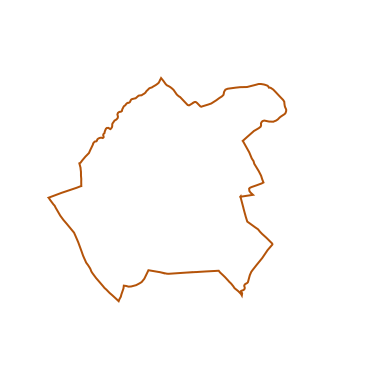 Babati UrbanBabati Urban, Manyara, United Republic of Tanzania (Albers equal-area conic projection), rotated 226°
{"feature_id": "72390352B90089128995390", "entity_name": "Babati UrbanBabati Urban", "entity_type": "district", "adm_level": 2, "iso_a3": "TZA", "parent_name": "United Republic of Tanzania", "parent_adm1": "Manyara", "projection": "albers", "projection_center": [35.755, -4.214], "detail": "fine", "context": "isolated", "style": "outline", "palette": "amber", "viewbox_px": 384, "rotation_deg": 226, "n_neighbors": 0, "source": "geoboundaries", "source_scale": "gbopen_adm2", "svg_char_len": 4528}
<svg xmlns="http://www.w3.org/2000/svg" viewBox="0 0 384 384"><g transform="rotate(226 192 192)"><path d="M183.7,62.4L181.3,62.6L176.6,62.6L173.4,62.9L168.6,63.2L164.4,63.4L165.4,65.6L166.1,68.0L167.4,70.1L169.1,73.5L170.3,75.8L171.6,77.4L172.0,77.9L170.1,79.4L168.0,80.6L166.3,82.6L163.8,87.1L162.7,90.9L162.2,93.2L162.7,97.4L165.3,104.5L166.0,106.3L165.9,106.4L156.9,113.0L156.4,113.4L154.9,114.3L155.0,114.3L150.8,117.1L150.3,117.5L149.2,118.6L136.4,133.8L135.4,135.0L135.4,134.9L131.9,139.0L131.4,139.5L129.9,141.3L125.8,146.1L116.8,156.5L114.6,156.3L110.8,156.5L107.8,156.6L103.1,156.5L101.5,156.4L99.8,156.5L98.6,156.5L95.4,156.2L93.3,155.8L88.4,156.4L84.7,156.4L83.8,156.2L83.7,156.2L83.0,156.0L83.3,156.4L84.3,157.7L85.1,157.9L85.9,157.8L86.4,157.8L86.7,158.3L86.6,159.0L86.1,160.0L85.7,161.0L85.7,162.2L86.3,163.3L87.1,163.8L88.2,164.3L88.7,165.3L88.8,166.5L88.4,167.7L88.2,168.6L88.3,169.6L92.0,175.8L93.4,179.2L93.8,181.6L94.6,187.4L95.7,196.6L97.7,206.1L98.2,211.5L98.4,213.7L98.5,213.9L98.4,213.9L107.6,213.7L113.3,213.3L116.1,213.3L119.3,213.6L122.7,212.9L123.9,212.7L132.3,211.2L137.1,213.6L139.2,214.8L139.3,214.8L144.7,217.8L144.8,217.9L154.1,223.1L155.0,223.3L155.1,224.2L154.9,224.1L154.6,224.0L147.6,233.9L151.0,233.7L152.9,234.0L154.7,235.4L154.8,236.1L154.6,237.2L153.9,238.9L152.0,243.0L149.8,248.0L149.2,250.0L152.5,251.4L155.7,253.0L160.6,254.5L169.1,256.4L171.4,257.7L171.5,257.7L174.6,258.3L180.7,260.7L193.2,264.0L193.5,264.0L193.3,269.2L193.3,269.5L192.9,277.9L192.9,278.5L192.9,278.8L192.5,280.4L191.6,284.1L191.5,284.7L191.3,286.7L191.8,287.8L192.0,288.0L193.0,288.9L193.4,289.2L193.5,289.3L194.0,290.9L194.0,292.0L193.2,293.6L191.6,294.7L189.2,296.3L187.7,297.8L187.4,298.0L186.1,299.3L185.6,300.6L185.0,302.0L184.9,302.5L184.6,304.2L184.7,306.8L184.5,308.6L183.7,312.8L183.9,314.3L184.9,316.1L186.0,317.1L188.3,317.9L189.3,318.4L190.9,319.5L192.9,321.1L194.9,321.5L200.0,321.5L205.7,321.6L209.2,321.6L212.1,321.0L212.4,320.8L212.5,320.8L213.2,320.4L213.7,319.8L214.5,320.1L215.9,320.2L217.6,319.4L218.0,319.2L219.4,318.4L221.7,316.7L223.5,314.8L224.6,312.7L224.9,312.2L225.0,312.0L229.3,304.5L234.1,299.3L235.4,297.6L235.5,297.4L235.8,297.1L236.8,295.8L241.5,289.4L242.0,288.2L242.4,287.1L242.2,286.2L242.0,285.5L241.7,284.6L241.2,283.8L240.6,283.1L240.0,282.0L240.0,279.9L240.6,277.0L241.1,273.2L242.3,267.3L243.7,264.3L246.4,259.0L246.9,257.9L247.8,257.5L252.6,257.5L254.2,257.2L254.8,256.5L254.9,256.3L255.0,256.2L255.1,255.9L255.3,255.2L255.2,255.2L256.1,251.0L256.4,250.0L257.0,249.7L257.6,249.3L268.6,249.4L269.8,249.0L270.4,249.0L271.4,248.8L273.1,248.8L274.7,249.1L278.5,249.7L279.3,249.6L280.9,249.5L282.7,249.2L284.5,248.7L286.0,248.1L287.7,248.0L291.8,248.6L295.4,248.9L295.2,248.4L294.9,247.2L294.2,245.5L293.7,243.9L293.8,242.2L294.1,240.2L294.9,237.0L295.1,235.8L296.0,234.0L296.3,232.9L296.2,231.8L296.2,229.2L295.8,227.4L296.0,225.7L296.4,224.2L296.6,222.9L297.3,222.1L298.4,220.5L298.6,216.5L299.1,215.8L299.7,214.7L300.4,213.6L300.7,212.6L300.6,211.8L300.3,211.0L299.9,210.1L299.9,209.2L300.1,208.6L300.2,208.4L300.3,208.1L300.8,207.7L301.0,207.0L301.0,206.2L301.0,205.4L300.8,204.8L300.8,203.8L300.8,203.7L301.0,202.6L300.7,201.5L300.3,200.5L300.0,199.5L299.5,198.6L299.0,198.0L299.0,197.5L299.2,196.5L299.9,195.7L300.3,194.6L300.3,193.6L299.6,192.2L297.8,191.2L296.9,190.1L296.7,189.0L296.7,187.9L296.9,186.9L297.2,186.0L296.8,184.0L296.5,182.3L295.8,181.3L295.3,180.9L294.7,180.2L294.2,179.4L294.0,178.5L293.9,177.8L293.9,177.0L294.9,176.6L296.1,176.5L296.6,175.9L297.2,175.3L297.3,174.1L297.0,173.3L296.4,171.9L295.8,170.8L295.2,170.1L295.2,169.2L295.1,168.4L294.6,167.6L293.6,167.1L292.8,166.5L292.7,165.8L292.9,165.2L294.2,164.4L295.0,163.2L295.5,161.8L295.6,160.6L295.4,160.0L295.0,159.4L294.9,158.4L295.8,157.2L295.8,156.0L295.8,155.6L295.5,154.4L295.1,154.0L294.3,151.9L292.9,148.1L291.6,144.9L291.6,144.5L291.6,144.2L291.5,141.2L291.5,140.4L291.5,140.1L291.3,138.2L291.0,135.2L290.5,132.1L290.9,130.9L286.6,128.5L286.5,128.3L283.6,126.1L281.0,123.6L280.9,123.5L278.3,121.4L276.2,119.3L274.6,117.8L273.2,116.5L273.3,116.4L275.2,111.9L276.1,110.0L280.9,99.9L282.0,97.6L287.5,84.9L287.3,84.9L284.7,84.4L279.3,83.7L277.6,83.7L276.4,83.3L275.4,83.0L270.9,81.9L266.5,80.8L265.0,80.6L261.2,80.1L256.1,79.8L247.3,79.1L244.6,78.9L243.9,78.6L242.2,78.0L235.0,75.3L226.4,71.5L221.8,69.4L218.3,68.1L218.2,68.1L214.7,66.8L211.6,66.4L207.7,65.6L205.9,64.9L204.8,64.4L202.8,64.0L196.6,63.2L194.4,63.1L186.1,62.6L183.7,62.4Z" fill="none" stroke="#b45309" stroke-width="2"/></g></svg>